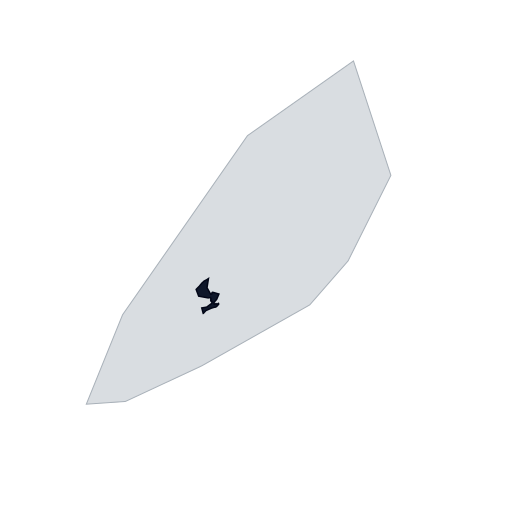 location of Marc, Castries, Saint Lucia, rotated 213°
{"feature_id": "8701671B40300568900689", "entity_name": "Marc", "entity_type": "district", "adm_level": 2, "iso_a3": "LCA", "parent_name": "Saint Lucia", "parent_adm1": "Castries", "projection": "equal_earth", "projection_center": [-60.964, 13.958], "detail": "fine", "context": "in_parent", "style": "filled", "palette": "ink", "viewbox_px": 512, "rotation_deg": 213, "n_neighbors": 0, "source": "geoboundaries", "source_scale": "gbopen_adm2", "svg_char_len": 1635}
<svg xmlns="http://www.w3.org/2000/svg" viewBox="0 0 512 512"><g transform="rotate(213 256 256)"><path d="M328.7,352.3L280.5,472.7L186.8,397.1L176.1,302.0L184.3,244.3L241.7,134.3L286.3,62.9L317.6,39.3L335.9,134.1L328.7,352.3Z" fill="#d9dde1" stroke="#a8b0b8" stroke-width="1"/><path d="M284.8,208.6L285.9,206.6L286.0,206.2L286.1,205.7L286.2,205.2L286.5,204.4L286.5,204.1L286.6,203.8L286.9,201.5L287.1,199.3L287.2,199.2L288.0,195.4L287.9,195.3L282.2,191.1L273.3,194.8L271.5,196.4L271.4,196.3L271.1,196.1L270.9,196.0L270.8,195.9L270.7,195.6L270.5,195.4L270.1,195.4L270.1,195.2L270.2,194.9L270.0,194.6L270.0,194.4L269.8,194.2L269.7,194.1L269.4,194.1L269.4,193.9L269.4,193.7L269.1,193.6L268.8,193.7L268.6,193.7L268.5,193.9L268.3,194.0L268.2,194.0L267.9,193.9L267.4,192.0L269.5,186.3L273.2,182.9L269.0,179.1L268.9,179.2L268.3,182.9L265.2,187.7L263.3,190.0L261.9,191.3L261.4,192.8L261.1,194.9L261.3,195.0L261.4,195.4L261.3,195.5L261.5,195.7L261.6,195.8L261.8,195.8L261.8,195.6L261.7,195.5L261.7,195.4L261.8,195.2L261.7,195.1L261.6,194.8L261.6,194.6L261.9,194.6L262.0,194.5L262.1,194.8L262.3,194.8L262.5,194.5L262.6,194.2L262.9,194.3L263.7,194.3L263.9,193.3L264.1,193.3L264.1,193.1L264.3,193.0L264.5,193.2L264.6,193.3L264.9,193.3L265.1,193.2L265.1,192.9L265.3,192.9L265.6,192.9L265.6,192.7L265.7,193.0L265.8,193.9L265.9,195.1L265.6,196.5L265.4,198.3L266.4,203.9L272.0,202.2L272.6,201.9L272.8,201.8L272.8,201.5L272.9,201.2L272.8,200.8L272.5,200.6L272.4,200.4L272.5,200.0L272.6,199.8L272.7,199.5L272.9,199.4L273.1,199.2L279.8,202.7L283.6,211.2L283.8,210.7L284.2,209.7L284.8,208.6Z" fill="#0f172a" stroke="#020617" stroke-width="1.5"/></g></svg>